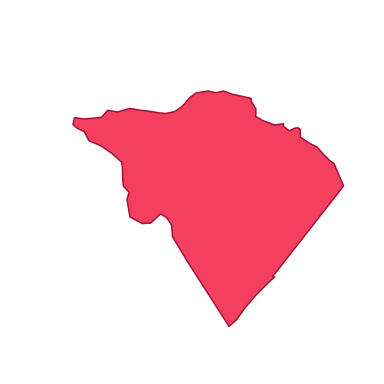 Gerasa, Limassol, Cyprus, rotated 113°
{"feature_id": "46923920B27706584342072", "entity_name": "Gerasa", "entity_type": "district", "adm_level": 2, "iso_a3": "CYP", "parent_name": "Cyprus", "parent_adm1": "Limassol", "projection": "albers", "projection_center": [32.993, 34.805], "detail": "fine", "context": "isolated", "style": "filled", "palette": "rose", "viewbox_px": 384, "rotation_deg": 113, "n_neighbors": 0, "source": "geoboundaries", "source_scale": "gbopen_adm2", "svg_char_len": 991}
<svg xmlns="http://www.w3.org/2000/svg" viewBox="0 0 384 384"><g transform="rotate(113 192 192)"><path d="M127.2,54.8L118.6,63.8L110.5,72.1L108.9,78.3L105.7,86.3L101.8,94.2L101.2,102.8L99.3,113.5L92.0,116.9L91.5,119.7L93.2,122.4L97.6,126.3L95.8,133.6L93.4,134.4L98.0,142.0L98.6,154.6L97.6,162.8L90.4,165.7L85.5,172.7L82.8,174.2L84.4,183.5L86.3,193.4L86.7,202.3L91.4,208.9L92.6,216.5L94.5,219.4L99.2,227.0L106.2,231.0L116.5,234.3L124.7,239.2L130.3,247.5L132.1,253.7L134.4,263.0L137.2,272.5L139.3,281.8L147.5,291.9L149.8,301.6L158.6,304.5L164.6,315.4L167.1,320.4L169.3,328.6L169.7,329.2L176.5,327.9L178.1,322.8L178.6,314.6L185.1,306.8L185.1,293.7L187.7,281.3L191.9,268.6L197.3,265.3L206.6,261.1L213.6,257.3L216.7,249.8L224.4,248.9L239.3,239.3L240.5,225.4L236.7,217.9L224.4,212.3L225.5,205.5L230.4,197.8L240.7,192.6L257.5,169.4L301.2,105.4L297.5,103.6L292.2,101.1L277.6,97.8L261.5,92.7L244.1,85.7L238.2,82.8L238.2,84.7L127.2,54.8Z" fill="#f43f5e" stroke="#9f1239" stroke-width="1.5"/></g></svg>